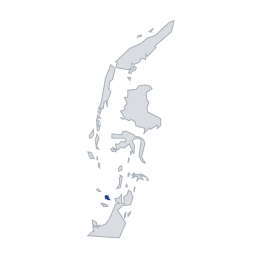 location of Maluku Tenggara, Maluku, Indonesia, rotated 94°
{"feature_id": "22746128B6545713511337", "entity_name": "Maluku Tenggara", "entity_type": "district", "adm_level": 2, "iso_a3": "IDN", "parent_name": "Indonesia", "parent_adm1": "Maluku", "projection": "mercator", "projection_center": [132.834, -5.655], "detail": "fine", "context": "in_parent", "style": "filled", "palette": "blue", "viewbox_px": 256, "rotation_deg": 94, "n_neighbors": 0, "source": "geoboundaries", "source_scale": "gbopen_adm2", "svg_char_len": 5441}
<svg xmlns="http://www.w3.org/2000/svg" viewBox="0 0 256 256"><g transform="rotate(94 128 128)"><path d="M87.2,106.7L91.4,112.3L97.7,111.6L100.9,108.9L106.4,110.5L110.7,109.5L116.3,96.2L123.2,95.5L126.4,98.7L123.0,99.0L127.8,105.3L126.5,106.7L132.3,111.7L127.1,111.2L125.4,120.2L121.4,121.5L119.2,125.1L120.6,127.5L119.1,131.5L111.6,136.6L109.9,132.0L106.8,133.1L103.6,130.6L97.9,133.6L97.1,130.4L90.2,130.8L88.9,122.6L85.4,120.3L83.9,114.7L84.5,109.2L87.2,106.7ZM17.8,89.6L28.9,91.3L43.3,105.9L45.0,107.1L45.8,105.6L55.4,113.7L53.1,115.4L58.5,115.1L57.3,119.2L61.8,121.5L64.1,126.5L63.2,129.0L66.8,127.9L69.9,131.4L68.5,144.5L63.1,143.1L62.9,145.0L48.4,131.7L42.3,120.4L36.7,114.8L34.0,107.5L19.5,94.0L17.8,89.6ZM238.2,129.0L238.2,160.6L233.5,156.1L234.1,154.8L228.2,156.3L229.1,153.1L227.5,151.5L228.1,151.2L229.0,151.4L229.6,151.2L226.8,150.0L228.1,149.6L225.5,143.8L220.4,140.3L204.5,134.9L203.8,131.2L201.7,135.3L199.4,136.0L198.6,132.3L194.8,129.9L203.2,129.1L204.2,126.6L196.5,127.3L194.6,124.0L190.1,123.3L191.4,120.6L196.9,118.2L204.5,120.0L205.6,127.6L210.6,132.7L223.0,123.6L238.2,129.0ZM160.7,111.7L155.2,115.0L139.9,113.9L138.1,115.2L137.4,119.1L140.4,123.1L144.7,120.4L153.7,120.2L143.7,125.5L148.2,130.5L148.0,133.9L151.0,137.6L144.8,139.4L144.9,136.2L141.4,133.4L142.2,129.7L140.3,129.3L138.4,130.7L139.2,143.4L135.0,143.5L135.3,135.9L134.6,133.4L131.7,132.8L131.3,129.6L134.8,120.8L136.4,120.6L135.8,116.9L138.4,111.8L142.4,110.1L156.1,112.4L161.8,108.3L160.7,111.7ZM70.0,145.0L80.9,146.8L82.6,149.3L91.0,150.0L93.0,147.5L101.2,149.9L103.5,153.5L110.2,154.1L110.1,157.1L111.0,158.9L104.6,156.5L78.9,153.8L66.1,149.5L70.0,145.0ZM174.4,112.4L179.0,108.9L177.0,112.9L180.0,115.4L175.2,115.0L177.7,120.8L174.2,117.6L172.9,111.0L175.9,105.9L174.4,112.4ZM176.7,130.3L188.1,131.5L189.2,135.1L184.6,132.5L178.2,133.1L176.3,131.7L175.2,133.3L176.7,130.3ZM150.6,158.1L142.1,159.7L136.2,158.5L140.1,156.3L148.3,158.2L151.2,155.6L150.6,158.1ZM126.3,155.9L132.0,156.6L133.0,158.4L121.7,160.0L123.5,156.9L127.4,158.7L128.6,158.0L126.3,155.9ZM160.9,159.7L161.1,163.3L154.7,166.4L155.0,163.0L160.9,159.7ZM69.9,124.5L71.4,128.3L73.6,128.9L72.9,131.3L69.7,130.1L68.6,127.0L65.5,126.3L67.1,124.0L69.9,124.5ZM226.5,156.5L222.2,157.0L224.3,153.0L227.6,152.2L228.7,153.6L226.5,156.5ZM137.2,161.8L139.8,163.5L141.0,165.4L138.4,166.1L132.1,162.5L137.2,161.8ZM170.2,131.3L172.0,134.0L169.4,134.9L166.3,132.9L166.5,131.4L170.2,131.3ZM110.5,155.9L116.4,157.1L113.8,159.3L110.5,155.9ZM119.8,156.1L120.7,159.4L117.2,159.0L119.8,156.1ZM80.4,129.5L77.5,131.9L77.7,128.8L80.4,129.5ZM207.4,142.6L208.1,146.8L206.7,147.0L205.6,144.0L207.4,142.6ZM108.6,150.1L104.0,151.4L102.1,150.6L108.6,150.1ZM152.5,138.4L152.5,142.2L149.9,143.8L150.9,138.7L152.5,138.4ZM26.7,109.6L30.8,111.8L30.3,113.7L26.7,109.6ZM36.7,125.0L35.1,124.2L34.4,121.1L35.6,121.0L36.7,125.0ZM191.7,155.1L190.8,153.6L193.3,150.8L193.2,153.3L191.7,155.1ZM187.1,116.8L191.8,117.8L186.5,117.5L187.1,116.8ZM158.4,124.4L162.8,125.5L158.0,125.4L158.4,124.4ZM150.4,140.3L148.1,142.1L150.2,138.7L150.4,140.3ZM211.3,119.6L213.7,119.9L216.1,121.7L213.8,122.1L211.3,119.6ZM169.9,153.5L168.3,154.9L165.1,155.1L165.9,153.5L169.9,153.5ZM207.2,147.6L206.2,149.5L205.0,149.5L205.2,146.3L207.2,147.6ZM176.4,124.5L173.6,124.8L172.8,124.1L174.0,122.9L176.4,124.5ZM211.7,124.1L215.2,124.4L218.6,125.1L215.3,125.6L211.7,124.1ZM151.2,122.1L154.1,123.4L151.1,124.1L151.2,122.1ZM178.7,105.7L176.7,105.4L178.6,103.9L178.7,105.7ZM158.3,157.1L161.5,156.0L161.9,156.7L158.3,157.1ZM187.0,124.6L186.5,126.3L184.1,125.4L185.3,124.9L187.0,124.6ZM119.4,134.6L118.2,135.8L119.2,132.1L119.4,134.6ZM173.6,118.0L175.1,120.3L174.5,120.7L172.3,118.9L173.6,118.0Z" fill="#d9dde1" stroke="#a8b0b8" stroke-width="1"/><path d="M200.5,142.0L200.5,141.9L200.4,142.0L200.4,141.9L200.3,142.0L200.3,142.3L200.2,142.3L200.2,142.5L200.1,142.8L200.0,143.0L199.9,143.2L199.9,143.3L199.9,143.5L199.7,143.8L199.7,143.7L199.6,143.8L199.5,144.0L199.5,144.3L199.4,144.4L199.3,144.5L199.2,144.6L199.3,144.7L199.2,144.7L199.2,144.8L199.3,144.9L199.2,145.0L199.2,144.9L199.2,145.0L199.1,145.3L199.0,145.5L199.1,145.4L199.1,145.2L199.3,145.2L199.4,144.9L199.5,144.9L199.6,144.7L199.6,144.3L199.6,144.2L199.8,144.0L199.8,143.9L200.0,143.7L200.4,143.3L200.4,143.0L200.5,142.9L200.5,142.7L200.6,142.3L200.7,142.2L200.6,141.9L200.5,142.0ZM198.4,143.6L198.4,143.4L198.3,143.5L198.2,143.5L197.9,143.5L198.0,143.6L198.0,143.8L198.1,144.0L198.3,144.1L198.2,144.1L198.3,144.1L198.4,144.5L198.4,144.8L198.4,144.6L198.4,144.4L198.3,144.2L198.2,144.2L198.2,144.3L198.3,144.5L198.2,144.7L198.2,144.8L198.2,145.0L198.3,144.9L198.3,145.0L198.4,144.9L198.5,144.9L198.4,145.2L198.5,145.2L198.8,145.1L198.8,144.8L198.9,144.7L198.9,144.4L198.7,144.3L198.7,144.5L198.7,144.3L198.7,144.2L198.5,143.9L198.5,143.7L198.4,143.8L198.3,143.7L198.4,143.6ZM197.2,145.4L197.2,145.5L197.2,145.4ZM197.6,145.0L197.5,144.9L197.5,145.0L197.6,145.0ZM197.6,144.6L197.6,144.8L197.7,144.7L197.6,144.6ZM198.8,144.2L198.7,144.1L198.7,144.3L198.8,144.3L198.8,144.2ZM198.8,144.1L198.7,144.1L198.8,144.1L198.8,144.3L198.8,144.1ZM197.7,144.5L197.8,144.6L197.7,144.5ZM198.0,144.5L198.0,144.4L197.9,144.5L198.0,144.5ZM197.7,144.0L197.8,144.0L197.7,144.0L197.7,144.0ZM198.0,143.9L197.9,143.9L197.9,144.0L198.0,144.0L198.0,143.9ZM197.2,144.9L197.2,145.0L197.2,144.9ZM197.8,144.2L197.7,144.2L197.8,144.2ZM197.8,144.4L197.7,144.4L197.8,144.4Z" fill="#3b82f6" stroke="#1e3a8a" stroke-width="1.5"/></g></svg>